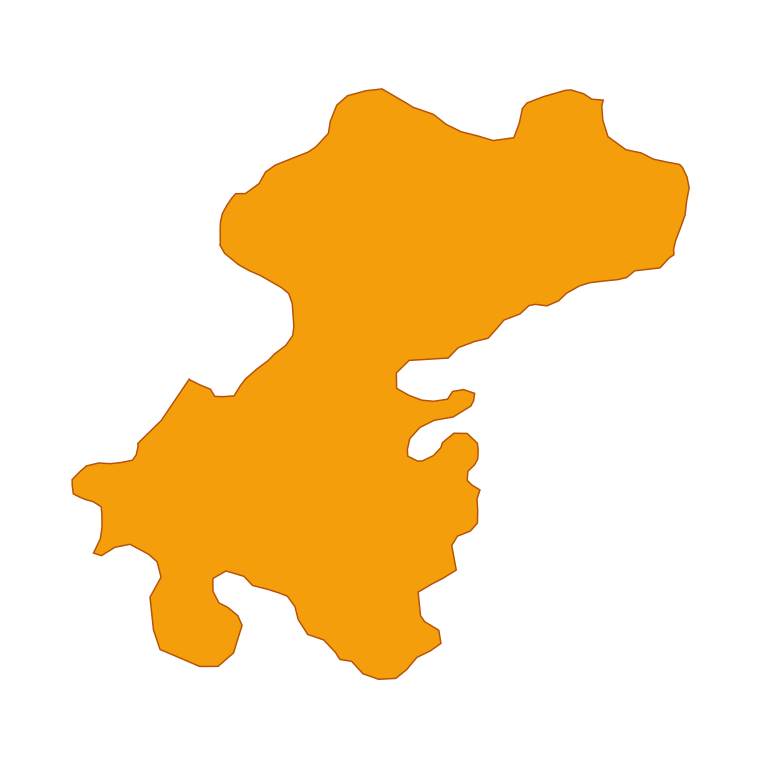 Khojavend District, Xocavənd, Azerbaijan, rotated 356°
{"feature_id": "54616110B38461317640181", "entity_name": "Khojavend District", "entity_type": "district", "adm_level": 2, "iso_a3": "AZE", "parent_name": "Azerbaijan", "parent_adm1": "Xocavənd", "projection": "natural_earth1", "projection_center": [47.013, 39.65], "detail": "fine", "context": "isolated", "style": "filled", "palette": "amber", "viewbox_px": 768, "rotation_deg": 356, "n_neighbors": 0, "source": "geoboundaries", "source_scale": "gbopen_adm2", "svg_char_len": 2673}
<svg xmlns="http://www.w3.org/2000/svg" viewBox="0 0 768 768"><g transform="rotate(356 384 384)"><path d="M622.5,116.1L611.2,114.4L603.6,108.5L591.1,103.7L585.4,103.7L563.0,108.5L546.3,113.6L541.3,118.8L537.2,133.1L530.7,147.4L509.8,148.8L494.6,143.0L478.6,137.8L464.2,129.4L452.0,118.4L432.3,110.0L427.3,106.3L402.6,89.5L386.3,90.2L367.7,93.9L356.3,102.6L348.7,118.4L346.0,130.1L332.7,142.6L324.4,147.4L310.3,151.8L290.9,158.0L280.7,164.2L273.4,175.3L259.0,184.4L249.3,183.8L245.2,187.9L240.1,194.3L234.7,202.6L232.1,211.1L231.3,218.9L230.4,233.8L230.0,233.9L234.1,242.5L247.2,254.8L257.9,261.8L268.0,267.0L288.5,280.7L295.2,287.0L298.1,297.4L298.1,307.4L298.1,320.4L296.3,329.3L288.7,338.7L277.0,346.3L270.0,352.6L258.6,359.9L246.2,369.3L240.8,375.4L233.6,385.4L221.9,385.4L214.3,384.5L210.5,377.1L199.7,371.7L190.9,366.5L190.0,365.6L159.4,404.7L134.3,426.1L134.3,429.3L131.8,437.6L127.7,442.5L116.0,444.0L105.4,444.4L93.8,442.9L81.3,445.0L74.1,450.6L66.2,457.6L65.9,463.5L66.4,472.0L72.7,475.7L78.1,478.4L85.5,481.0L93.3,486.7L93.5,494.2L92.7,507.5L90.2,518.7L82.4,532.4L90.2,535.5L104.2,528.1L119.4,526.2L137.3,537.4L145.3,545.6L148.1,561.1L135.7,580.4L136.9,613.4L139.2,622.1L142.1,633.2L161.6,643.2L180.4,652.9L189.4,653.5L198.8,654.1L215.2,641.7L220.4,628.1L225.6,614.9L222.0,604.9L212.5,595.9L204.1,590.9L198.9,578.9L199.7,566.1L213.3,559.5L230.9,566.1L238.8,575.8L252.8,580.4L264.8,585.1L272.8,589.0L279.6,599.8L282.0,613.0L290.4,628.5L306.0,635.1L316.8,648.3L320.8,655.7L332.4,658.4L342.8,671.6L358.0,678.2L375.2,678.5L386.8,670.4L397.6,659.1L411.9,653.3L422.7,646.7L421.5,633.5L407.9,623.9L404.3,617.7L403.5,594.0L418.3,586.6L429.1,582.0L432.5,580.2L443.1,574.6L440.3,549.8L446.7,540.9L459.9,536.7L467.5,529.3L468.7,516.1L468.7,505.3L472.3,496.4L464.7,491.0L460.3,485.9L461.5,477.0L468.7,470.9L472.3,465.4L473.4,456.2L473.0,449.6L463.5,439.1L450.3,438.0L438.3,446.5L436.3,451.5L428.3,458.9L416.7,463.5L411.9,463.1L402.7,457.7L402.7,451.1L405.9,440.3L416.7,429.9L431.5,423.7L450.7,421.7L460.2,416.7L469.0,412.1L472.2,407.0L473.8,399.7L463.0,395.1L451.9,396.2L446.3,403.6L432.3,404.7L420.7,402.8L408.7,397.4L396.3,389.3L397.1,373.8L410.7,362.2L449.8,362.6L460.6,352.9L477.4,347.9L491.0,345.6L499.0,337.9L508.1,328.6L524.5,323.6L534.1,315.9L540.5,315.1L552.1,317.4L564.0,313.2L572.4,306.2L586.0,299.7L596.4,297.3L610.4,296.6L624.3,296.2L633.3,294.8L642.0,288.6L667.5,287.4L677.0,278.3L682.3,275.3L682.3,269.8L684.8,261.5L690.6,249.0L696.1,236.6L698.7,222.5L702.1,209.5L700.7,198.5L696.8,188.7L694.2,185.6L681.9,182.4L668.7,178.6L656.6,171.4L641.7,167.2L624.7,152.9L620.7,136.4L620.6,122.1L622.5,116.1Z" fill="#f59e0b" stroke="#b45309" stroke-width="1.5"/></g></svg>